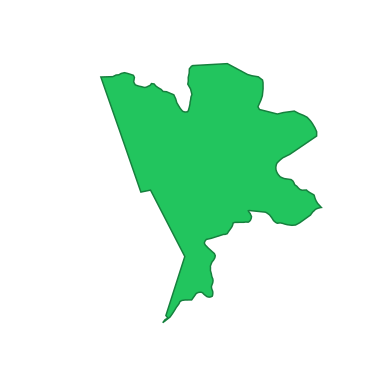 the district of Nola, Sangha-Mbaéré, Central African Republic, rotated 21°
{"feature_id": "33826404B1885733015759", "entity_name": "Nola", "entity_type": "district", "adm_level": 2, "iso_a3": "CAF", "parent_name": "Central African Republic", "parent_adm1": "Sangha-Mbaéré", "projection": "mercator", "projection_center": [16.137, 3.336], "detail": "fine", "context": "isolated", "style": "filled", "palette": "green", "viewbox_px": 384, "rotation_deg": 21, "n_neighbors": 0, "source": "geoboundaries", "source_scale": "gbopen_adm2", "svg_char_len": 3063}
<svg xmlns="http://www.w3.org/2000/svg" viewBox="0 0 384 384"><g transform="rotate(21 192 192)"><path d="M258.5,79.8L248.8,85.1L243.8,88.6L231.9,90.0L225.4,90.8L223.0,88.8L223.4,81.5L223.2,77.0L221.4,70.3L219.1,64.4L217.7,62.2L212.6,60.7L206.3,62.0L201.8,62.4L197.9,61.9L179.0,59.5L147.4,73.7L146.4,74.8L145.4,78.0L146.8,82.1L147.4,86.3L148.8,89.8L149.1,91.2L149.4,92.8L153.7,96.3L157.0,101.0L157.0,103.7L157.6,106.0L158.1,109.0L158.6,110.6L159.1,113.9L159.4,117.3L159.1,118.7L156.8,119.9L154.3,120.0L151.1,118.2L148.7,116.4L145.8,114.1L143.4,110.9L140.2,107.8L132.3,107.5L128.9,108.5L126.5,107.3L122.8,106.7L120.2,106.0L117.9,104.7L115.3,105.3L114.8,107.3L111.7,110.6L110.0,111.5L106.8,111.8L104.6,112.2L102.4,112.3L100.6,112.3L98.1,110.2L97.2,105.7L95.5,104.1L93.9,104.1L89.3,104.4L86.2,104.8L83.4,106.7L81.7,108.8L79.2,110.0L76.7,112.7L65.7,117.3L71.0,123.6L98.8,156.4L102.4,160.6L108.0,167.3L109.8,169.4L144.3,210.4L152.6,205.1L159.7,211.4L208.4,254.8L211.9,316.7L214.4,318.2L214.6,318.3L214.0,319.3L213.2,320.1L212.8,320.5L212.6,320.8L211.5,324.5L216.3,316.6L217.3,312.7L218.3,307.8L218.7,305.3L219.4,302.9L219.9,300.9L220.0,298.7L221.2,297.1L221.7,296.7L224.2,295.3L230.3,292.9L230.4,292.7L232.3,285.3L233.2,284.2L234.1,283.4L235.6,282.6L236.9,282.2L238.3,282.4L239.1,282.9L240.4,283.4L242.0,283.9L243.4,284.3L244.8,284.2L246.2,283.8L247.2,283.1L248.2,282.1L248.2,280.9L247.7,279.0L247.2,277.8L246.5,276.8L245.5,275.8L244.7,274.7L244.0,273.3L243.9,271.8L243.9,270.6L243.9,269.4L243.6,268.0L243.3,267.0L242.5,265.6L241.6,264.7L240.6,263.5L239.4,261.5L237.4,258.8L236.9,257.5L236.4,256.1L235.7,254.6L235.7,251.6L235.8,250.0L236.5,247.9L236.9,245.3L236.7,244.0L236.5,243.1L235.0,241.5L233.8,241.0L232.3,240.5L231.1,240.0L229.3,239.3L227.6,238.7L226.5,238.2L224.9,237.4L223.6,236.9L222.1,235.6L221.7,234.7L221.8,232.8L222.4,231.1L226.5,228.4L236.6,220.3L238.1,219.7L239.8,218.3L240.2,216.2L240.6,214.7L241.0,213.2L241.6,210.8L241.8,209.0L241.7,207.5L241.5,206.2L242.9,205.0L251.3,201.7L252.8,200.8L255.3,200.0L256.2,198.8L256.7,197.1L256.7,195.1L256.3,193.5L255.2,192.5L254.1,191.3L252.2,190.2L251.3,189.4L251.9,188.8L267.8,184.5L269.8,184.8L272.7,185.6L275.9,187.6L278.4,189.5L280.9,190.4L282.8,190.6L285.4,189.2L287.9,188.8L290.1,188.7L292.6,188.4L297.2,187.3L300.5,185.7L303.6,182.1L310.9,171.0L311.0,170.4L311.3,169.3L311.6,168.3L311.9,167.2L312.4,166.4L312.8,165.5L313.2,164.5L313.8,163.7L314.3,162.9L314.8,162.6L315.1,162.4L315.8,161.7L316.6,161.2L317.4,160.6L318.3,160.1L313.3,157.6L310.8,155.6L309.2,153.9L307.3,151.4L306.8,151.0L302.6,150.4L301.1,150.1L299.1,149.6L298.2,149.1L294.1,150.9L291.7,150.9L289.7,150.1L287.9,149.1L285.2,148.4L283.7,146.7L282.1,145.5L280.0,144.9L276.9,145.6L275.2,146.0L273.3,146.4L271.2,146.4L268.8,146.2L266.4,144.9L265.1,144.0L263.7,142.7L262.4,141.1L261.4,138.9L261.0,136.8L260.9,134.9L261.7,132.8L263.0,130.1L264.5,127.5L266.3,125.6L267.8,123.9L269.7,121.9L288.3,95.1L286.8,91.1L283.7,88.0L279.8,84.9L277.4,83.3L272.8,81.0L268.7,80.5L263.5,80.4L258.5,79.8Z" fill="#22c55e" stroke="#15803d" stroke-width="1.5"/></g></svg>